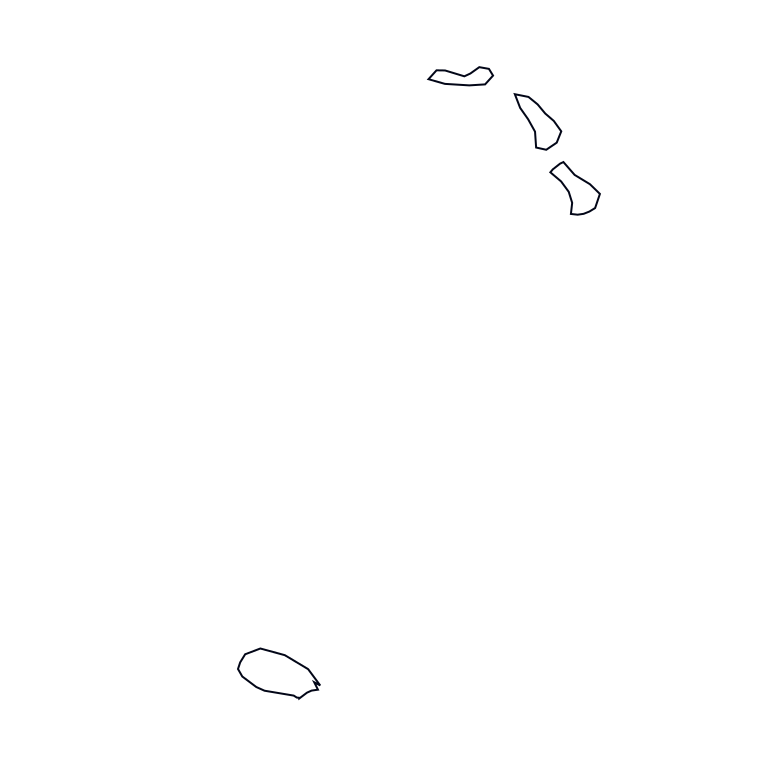 an SVG outline of Ha'apai, rotated 298°
{"feature_id": "TON-4948", "entity_name": "Ha'apai", "entity_type": "state/province", "adm_level": 1, "iso_a3": "TON", "parent_name": "Tonga", "parent_adm1": "", "projection": "natural_earth1", "projection_center": [-174.543, -19.707], "detail": "fine", "context": "isolated", "style": "outline", "palette": "ink", "viewbox_px": 768, "rotation_deg": 298, "n_neighbors": 0, "source": "natural_earth", "source_scale": "10m", "svg_char_len": 870}
<svg xmlns="http://www.w3.org/2000/svg" viewBox="0 0 768 768"><g transform="rotate(298 384 384)"><path d="M80.2,388.3L92.4,399.0L98.0,423.7L96.6,450.9L87.9,469.2L87.9,462.4L83.1,469.2L79.3,464.0L75.3,460.9L66.5,456.8L67.1,456.4L66.2,454.2L66.5,450.6L57.1,422.5L56.5,413.5L59.2,396.2L63.8,388.9L70.7,387.7L80.2,388.3ZM621.9,469.2L632.3,465.1L640.4,456.9L646.0,445.3L649.0,431.5L652.8,432.3L661.2,436.0L664.2,438.2L658.1,454.2L657.1,472.0L653.2,485.4L638.5,487.8L632.7,484.4L628.0,480.4L624.4,475.5L621.9,469.2ZM664.2,407.3L677.7,398.9L685.4,387.0L691.7,374.6L701.3,363.5L705.3,376.8L703.0,388.4L698.5,399.4L696.0,410.4L690.3,421.9L678.2,423.2L667.0,417.3L664.2,407.3ZM698.7,314.5L708.5,319.4L711.5,328.7L707.5,335.5L696.0,332.6L687.7,319.1L677.6,296.9L674.0,280.2L685.6,283.1L689.5,290.7L693.4,310.5L698.7,314.5Z" fill="none" stroke="#020617" stroke-width="2"/></g></svg>